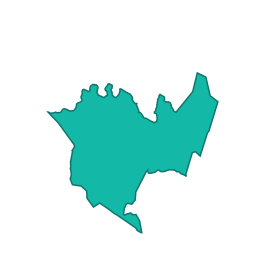 outline of San Juan Quiahije, Oaxaca, Mexico, rotated 303°
{"feature_id": "50627088B53386333601556", "entity_name": "San Juan Quiahije", "entity_type": "district", "adm_level": 2, "iso_a3": "MEX", "parent_name": "Mexico", "parent_adm1": "Oaxaca", "projection": "mercator", "projection_center": [-97.349, 16.355], "detail": "fine", "context": "isolated", "style": "filled", "palette": "teal", "viewbox_px": 256, "rotation_deg": 303, "n_neighbors": 0, "source": "geoboundaries", "source_scale": "gbopen_adm2", "svg_char_len": 5871}
<svg xmlns="http://www.w3.org/2000/svg" viewBox="0 0 256 256"><g transform="rotate(303 128 128)"><path d="M155.5,100.3L155.2,100.9L154.7,101.2L153.4,101.5L151.8,102.0L150.0,101.9L149.1,101.8L147.7,101.6L147.3,101.4L146.6,100.5L146.5,99.4L146.8,98.1L147.1,96.8L149.2,95.2L149.3,94.8L149.6,94.7L150.4,93.1L150.9,92.7L152.7,92.9L154.6,91.9L155.2,91.5L154.9,88.3L154.1,87.4L153.2,87.4L152.3,87.7L151.1,87.3L149.6,87.3L148.2,87.5L147.2,88.6L147.4,89.5L147.3,90.0L146.9,90.7L144.4,92.8L144.1,92.9L143.7,92.9L143.3,92.3L140.9,91.4L140.2,90.6L140.1,89.8L140.1,88.9L140.0,88.4L140.0,88.1L139.6,87.1L139.6,85.8L139.5,85.4L139.8,84.1L140.3,83.8L141.0,82.7L142.0,82.0L143.9,81.5L144.6,81.2L145.6,80.8L146.2,80.2L146.6,79.4L146.8,77.6L146.3,77.1L146.1,76.0L145.9,75.7L145.0,74.6L144.1,74.3L142.5,73.7L139.7,74.8L139.7,75.0L139.2,75.5L138.8,75.7L138.1,75.7L137.6,75.3L137.1,74.6L136.6,71.6L136.7,71.3L136.3,70.2L136.1,69.6L135.6,69.2L133.8,69.4L131.6,71.1L128.9,71.5L128.2,71.8L127.5,72.7L126.9,73.6L126.4,74.1L125.9,74.4L125.4,74.5L123.9,74.0L121.7,72.3L120.4,71.9L119.8,72.1L119.0,72.3L118.0,72.9L117.2,73.1L115.8,73.3L113.8,73.2L113.1,73.0L111.4,71.2L110.3,69.1L110.3,67.4L109.9,65.2L109.2,63.8L108.7,63.4L107.6,63.1L105.7,63.1L104.8,63.0L104.4,62.9L103.6,62.1L103.2,61.4L102.3,60.6L101.8,58.6L99.9,57.2L98.1,54.6L98.0,54.1L98.1,53.5L98.1,52.7L97.8,52.2L94.3,66.9L85.1,90.7L85.1,91.0L85.0,91.4L84.3,92.1L83.7,92.8L82.8,93.6L81.8,93.4L81.0,93.3L80.3,93.4L79.5,93.5L78.5,93.4L78.3,93.9L78.2,94.2L77.6,94.6L76.4,94.8L76.0,95.0L75.6,95.3L74.9,95.6L74.3,95.9L73.7,96.1L72.5,96.4L72.0,97.1L71.7,97.0L71.0,97.1L70.4,97.4L70.0,97.5L69.7,97.7L69.4,98.0L69.0,98.0L68.5,98.0L68.1,98.4L63.9,101.4L63.1,101.5L62.8,101.6L62.5,102.0L62.1,102.1L62.0,102.4L61.6,102.8L61.2,103.4L60.8,103.7L60.2,104.1L59.7,104.4L59.1,105.1L58.4,105.5L57.7,106.1L57.2,106.2L56.1,106.6L55.6,106.9L54.0,107.1L50.2,112.3L53.8,120.3L52.6,127.7L46.7,132.0L42.9,142.1L49.6,145.1L49.4,155.8L49.0,160.4L48.8,163.2L49.0,165.3L48.9,172.3L48.4,188.0L48.4,189.3L47.4,190.6L47.1,192.4L47.2,193.0L47.2,194.0L47.4,196.3L47.7,196.6L56.4,188.3L59.7,182.1L59.8,181.8L59.4,181.5L58.8,180.7L58.6,180.2L58.2,179.5L57.9,178.9L57.8,178.5L58.0,178.0L58.3,177.6L58.3,176.9L58.0,176.3L57.5,175.8L57.2,175.6L56.3,174.9L55.8,174.2L55.6,174.0L54.7,173.5L53.9,173.1L53.1,172.6L53.0,172.2L53.0,171.6L53.6,171.1L54.5,170.6L54.9,170.4L55.2,170.4L56.0,169.9L56.5,169.6L57.1,169.4L57.7,169.2L58.1,168.8L58.3,168.6L58.7,168.5L59.4,168.6L59.8,168.6L60.7,168.5L61.0,168.3L61.4,168.3L61.7,168.2L62.4,168.1L62.9,168.1L63.6,168.2L64.1,168.3L64.4,168.5L64.6,168.8L64.8,169.3L65.0,169.5L65.7,171.5L66.1,172.4L66.6,172.8L67.2,173.1L68.1,172.7L71.4,173.3L78.6,169.4L101.1,167.1L103.3,167.4L102.7,167.7L102.6,167.9L102.4,168.2L102.3,168.5L102.1,168.8L101.8,169.1L101.6,169.3L101.4,169.7L101.4,169.9L101.6,170.3L101.8,170.6L102.1,170.8L102.2,171.0L102.4,171.5L102.7,172.0L103.4,172.6L103.8,173.0L104.4,173.3L104.6,173.7L104.8,174.1L105.3,174.4L105.7,174.6L106.0,174.9L106.7,175.2L107.6,175.4L108.3,175.7L109.0,175.9L109.2,176.1L109.5,176.7L109.5,177.4L109.4,178.0L109.3,178.6L109.2,179.0L109.5,179.7L110.1,180.4L110.3,180.8L110.8,181.5L111.5,182.2L112.0,182.8L112.5,183.1L113.1,183.5L113.7,184.0L114.4,184.5L115.2,185.2L115.8,185.8L116.2,186.7L116.6,187.3L117.1,188.0L117.4,188.7L117.7,189.4L118.0,190.1L118.1,190.8L118.1,191.4L117.9,192.0L117.7,192.4L118.0,192.9L118.5,193.7L118.8,194.3L119.0,195.0L119.1,195.6L118.9,195.9L118.7,196.2L118.5,196.7L118.4,197.0L118.6,197.4L118.6,197.8L118.7,198.1L118.9,198.4L119.1,198.7L118.8,199.0L119.3,200.9L119.2,201.5L119.3,202.3L119.2,203.4L119.5,202.9L119.9,202.4L120.3,201.8L142.3,195.4L144.9,197.4L143.8,203.8L167.1,197.3L169.2,197.6L199.0,189.1L199.8,179.3L213.1,165.6L211.9,156.1L193.7,162.5L167.4,159.7L167.2,159.1L167.2,158.7L167.1,158.0L167.1,157.3L167.5,156.5L167.8,156.1L168.4,155.3L168.8,154.5L168.9,153.9L169.0,153.4L169.4,152.9L170.1,152.3L170.5,151.9L170.8,151.6L171.2,151.2L171.6,150.6L171.9,149.9L172.2,149.1L172.2,148.7L172.0,148.2L171.9,147.7L171.7,147.3L171.3,146.9L171.1,146.4L170.6,145.9L170.5,145.1L170.4,144.6L170.5,144.0L170.5,143.3L171.2,143.2L171.8,143.1L172.2,142.7L172.8,142.4L173.4,142.0L173.7,141.5L173.9,140.8L173.7,139.9L173.7,138.7L173.6,137.6L173.6,137.2L173.7,136.7L173.4,136.5L173.1,136.5L172.5,136.4L172.0,136.4L171.5,136.6L170.8,137.1L169.9,137.4L169.3,137.2L168.4,137.4L168.0,137.4L167.3,137.9L166.4,138.3L165.6,138.4L165.2,138.7L164.9,139.1L164.3,139.2L164.0,139.4L163.4,139.4L163.0,139.7L162.3,140.2L161.9,140.6L161.4,140.5L160.5,140.8L159.9,141.0L159.5,140.9L158.9,141.2L158.1,141.5L157.7,141.7L157.1,141.7L156.3,141.6L155.8,141.5L155.6,141.5L155.4,141.7L155.0,142.0L155.0,142.5L155.3,143.5L155.4,144.0L155.1,144.7L154.5,145.0L154.2,145.3L153.9,145.7L153.4,146.0L152.8,146.5L152.4,146.8L152.0,147.3L151.6,147.5L151.0,147.8L150.5,147.8L149.9,148.2L149.3,148.4L148.8,148.7L148.7,148.6L147.9,147.7L147.0,147.1L146.7,146.5L146.6,146.0L146.5,145.1L146.3,143.9L146.3,143.3L146.2,143.0L146.1,141.6L146.2,140.8L146.0,139.5L146.1,138.8L146.0,138.0L145.7,137.5L145.5,136.7L145.3,136.2L145.3,135.5L145.8,134.5L146.3,133.5L146.7,132.7L147.1,131.8L147.4,130.6L147.6,129.8L147.5,129.1L146.8,128.3L147.3,128.1L148.2,127.8L148.8,126.9L149.3,126.3L149.4,125.9L149.9,125.3L150.4,124.9L150.8,124.4L151.0,123.4L151.5,123.1L152.1,122.6L152.6,122.3L153.3,122.1L152.8,121.4L152.5,121.0L152.6,120.4L152.7,119.9L152.5,119.2L152.9,118.6L153.1,118.1L153.5,117.3L154.0,116.5L154.2,115.7L155.3,115.7L155.9,115.2L156.2,114.6L156.4,114.1L156.8,113.5L157.1,112.8L157.4,111.8L157.5,111.2L157.4,110.6L157.2,109.8L157.3,109.2L157.2,108.7L157.2,108.3L157.2,107.9L157.0,107.5L156.9,106.9L157.1,106.4L157.0,106.0L157.1,105.5L157.1,105.1L157.0,104.5L157.0,103.8L157.0,103.3L156.9,102.9L157.0,102.4L157.0,101.6L156.9,100.7L156.6,100.3L156.2,100.0L155.5,100.3Z" fill="#14b8a6" stroke="#0f766e" stroke-width="1.5"/></g></svg>